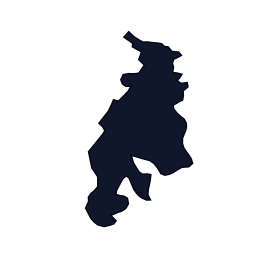 Novo Xingu, Rio Grande do Sul, Brazil (Natural Earth projection), rotated 227°
{"feature_id": "56859067B34726343619953", "entity_name": "Novo Xingu", "entity_type": "district", "adm_level": 2, "iso_a3": "BRA", "parent_name": "Brazil", "parent_adm1": "Rio Grande do Sul", "projection": "natural_earth1", "projection_center": [-53.062, -27.74], "detail": "fine", "context": "isolated", "style": "filled", "palette": "ink", "viewbox_px": 256, "rotation_deg": 227, "n_neighbors": 0, "source": "geoboundaries", "source_scale": "gbopen_adm2", "svg_char_len": 1661}
<svg xmlns="http://www.w3.org/2000/svg" viewBox="0 0 256 256"><g transform="rotate(227 128 128)"><path d="M98.3,42.4L94.1,41.2L87.0,39.2L82.2,39.2L78.0,39.8L72.2,43.3L69.1,48.8L67.6,52.4L68.3,56.0L75.8,55.8L73.7,61.8L71.3,67.4L70.8,71.9L72.4,76.7L77.0,79.7L81.3,78.3L84.6,75.6L87.8,73.9L90.2,77.1L92.6,84.0L94.5,90.2L94.1,94.2L90.6,94.6L84.3,92.3L79.0,90.4L73.7,89.7L70.5,89.8L67.2,90.6L62.6,92.5L60.1,95.4L65.7,97.0L69.3,101.0L74.1,107.9L78.3,112.9L81.2,110.8L84.3,107.1L87.7,106.1L92.5,106.9L98.8,108.2L105.9,111.8L97.1,116.9L93.1,119.4L89.4,121.7L84.5,122.8L79.5,122.5L76.0,121.9L72.4,120.9L68.3,122.8L65.9,126.9L64.6,130.7L63.8,135.5L62.5,140.7L58.2,146.0L58.1,151.2L62.6,153.3L67.3,154.1L71.0,154.5L74.9,155.1L79.4,157.1L83.4,160.9L85.3,165.1L86.8,168.4L88.8,171.3L91.6,173.8L96.2,175.1L100.4,174.4L106.1,174.0L110.7,174.4L113.9,176.5L112.4,182.9L111.2,187.0L114.0,190.6L117.5,193.5L117.3,200.0L120.9,202.2L124.5,197.1L129.4,196.3L129.4,200.1L130.6,204.0L134.1,201.8L138.2,198.5L141.4,202.8L145.2,204.7L147.1,208.4L145.9,212.1L144.7,216.6L149.0,216.8L154.2,212.3L159.9,212.7L162.8,210.2L166.6,210.1L170.1,207.4L174.1,203.8L178.1,200.5L180.5,197.5L185.4,196.0L190.8,194.6L197.9,194.2L197.3,187.0L186.7,189.2L184.4,186.6L180.1,188.0L174.5,189.8L170.6,182.5L162.9,182.9L160.7,173.2L163.8,169.1L167.4,165.4L170.3,160.9L168.2,155.7L164.0,154.0L159.9,154.9L156.6,158.7L154.8,153.4L154.4,146.6L154.2,139.2L158.5,136.7L156.4,132.0L153.7,125.2L151.3,110.0L146.3,110.4L141.6,109.1L140.6,104.7L138.1,86.8L137.6,83.0L123.4,74.4L112.9,72.6L105.7,65.9L105.1,60.4L105.4,56.6L104.4,51.9L101.1,49.1L98.3,42.4Z" fill="#0f172a" stroke="#020617" stroke-width="1.5"/></g></svg>